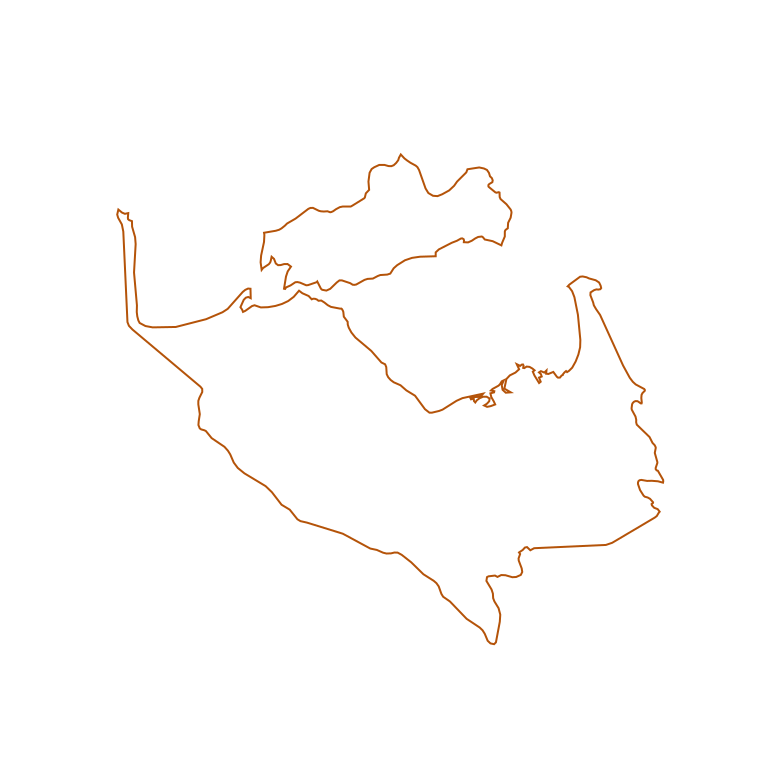 map outline of Zulia (Mercator projection), rotated 282°
{"feature_id": "VEN-31", "entity_name": "Zulia", "entity_type": "State", "adm_level": 1, "iso_a3": "VEN", "parent_name": "Venezuela", "parent_adm1": "", "projection": "mercator", "projection_center": [-71.765, 10.117], "detail": "fine", "context": "isolated", "style": "outline", "palette": "amber", "viewbox_px": 768, "rotation_deg": 282, "n_neighbors": 0, "source": "natural_earth", "source_scale": "10m", "svg_char_len": 6156}
<svg xmlns="http://www.w3.org/2000/svg" viewBox="0 0 768 768"><g transform="rotate(282 384 384)"><path d="M494.3,87.8L499.4,87.9L497.2,92.1L496.6,95.2L498.0,98.3L493.3,98.9L492.0,99.4L491.3,100.7L490.9,103.6L485.5,104.9L475.9,110.0L469.2,112.0L441.1,116.3L409.5,126.0L403.0,127.2L398.9,128.6L395.1,130.5L392.9,132.3L391.1,138.6L391.3,146.0L396.5,168.5L410.4,196.5L420.6,211.1L425.0,215.5L444.7,226.7L447.2,228.7L449.1,231.2L449.4,233.6L440.2,235.8L440.9,233.1L439.7,230.9L437.2,229.3L429.3,227.6L427.2,229.8L425.2,231.1L426.7,233.1L432.8,238.7L434.1,241.0L433.3,247.6L435.0,254.5L437.8,261.6L441.1,267.6L445.2,273.0L450.5,277.6L457.6,281.5L455.8,285.3L454.4,292.0L451.8,295.7L452.7,297.0L453.0,298.8L452.7,300.8L451.8,302.6L452.6,305.3L451.3,308.8L449.4,312.6L448.4,316.1L448.6,325.5L448.9,326.5L448.6,327.2L447.2,328.5L446.1,329.2L441.5,330.7L437.3,335.5L434.6,336.2L431.8,337.8L427.6,341.4L423.5,346.4L413.7,364.7L404.5,377.0L403.5,381.0L401.0,382.7L394.2,384.6L391.5,386.7L389.3,389.7L387.7,393.2L386.2,400.4L382.4,407.2L379.0,416.8L367.9,429.3L365.4,434.4L365.9,436.8L369.1,443.5L371.1,446.6L382.6,458.4L386.5,463.7L395.2,483.0L392.2,481.3L390.8,478.2L389.9,474.5L388.4,471.3L387.1,472.3L388.4,474.8L386.1,475.5L384.9,477.1L387.4,478.2L390.0,480.5L392.1,483.5L392.9,487.0L391.8,490.3L389.0,490.5L386.0,488.7L383.8,486.4L383.1,489.6L384.5,492.9L387.1,497.0L389.7,495.1L393.5,491.7L397.0,490.0L398.7,493.4L399.9,493.4L399.9,490.0L401.7,491.2L406.2,496.4L407.9,497.5L411.1,498.6L412.5,500.4L407.4,499.4L403.0,501.2L400.8,504.9L402.2,509.7L404.5,502.7L414.3,502.7L418.6,505.3L422.5,510.2L426.5,513.1L431.0,509.7L430.3,512.5L429.9,513.3L431.6,514.7L432.0,515.9L431.0,516.7L428.7,516.8L428.7,517.9L430.7,519.9L431.0,522.8L430.0,525.9L428.7,528.4L427.0,527.0L423.6,529.4L417.2,535.5L418.8,536.8L422.5,534.3L424.1,536.7L426.3,535.4L427.6,533.2L429.2,534.8L428.5,538.4L431.0,540.1L427.8,540.4L428.0,542.7L431.0,547.1L427.0,551.6L426.4,552.9L426.9,554.8L429.3,556.0L429.9,557.0L430.9,557.1L433.0,558.2L434.5,559.4L433.7,560.6L435.3,562.2L439.1,564.7L445.9,566.8L453.2,568.0L460.7,568.2L467.9,566.9L492.0,559.3L508.5,552.2L513.9,548.7L517.4,544.7L517.7,543.4L519.7,544.6L529.7,553.5L530.5,556.0L530.5,560.0L529.9,562.6L529.5,569.5L528.0,573.3L525.3,575.4L523.0,576.5L521.7,575.9L520.9,574.0L520.7,572.1L519.5,570.0L516.5,567.0L513.8,567.4L507.3,571.6L504.6,572.9L501.3,575.9L496.5,581.0L451.8,614.0L441.2,623.1L437.9,626.9L435.9,630.3L433.2,639.6L432.4,640.4L431.6,640.5L428.8,638.7L426.9,638.2L423.8,638.6L419.5,640.0L418.6,640.0L418.4,639.2L419.7,636.2L419.9,635.2L419.5,633.4L418.5,632.1L417.0,631.2L415.8,630.9L411.7,631.2L410.4,631.7L404.4,636.8L401.3,638.2L399.0,638.6L396.8,639.7L387.3,654.8L382.2,658.9L380.5,661.4L379.2,662.5L378.1,663.1L372.9,663.2L364.5,667.6L363.6,667.8L358.5,667.2L357.3,667.4L356.2,668.6L356.1,669.9L348.2,677.0L346.7,677.4L345.5,677.4L345.8,672.2L345.0,666.1L343.9,661.5L343.7,655.7L343.0,654.0L342.1,653.2L340.7,652.9L339.0,653.2L333.5,656.5L328.8,661.1L328.0,662.5L327.8,665.5L327.0,668.1L324.2,671.8L323.5,671.8L322.2,670.7L321.0,671.3L319.1,674.0L318.5,677.7L316.4,680.2L314.9,679.4L311.6,678.3L309.6,676.6L276.1,640.2L272.7,634.5L254.6,565.0L251.8,561.7L254.2,557.8L253.3,555.8L250.5,554.2L247.3,551.1L246.0,552.5L241.4,551.9L239.3,552.5L232.3,557.0L228.9,558.3L225.7,557.5L222.7,553.4L221.7,549.7L222.2,542.5L221.5,538.4L218.9,535.1L219.7,532.4L217.6,526.2L216.5,524.9L212.7,525.1L205.4,531.9L201.6,534.1L197.2,535.3L194.3,537.2L188.5,542.7L182.5,545.7L175.5,546.7L154.6,547.2L152.4,545.8L152.4,542.1L154.4,538.8L160.6,534.5L163.6,531.6L165.7,528.2L171.5,513.6L185.0,493.7L188.2,486.1L190.6,483.8L197.4,479.6L200.1,476.7L201.8,473.6L206.1,462.1L215.3,447.6L220.6,436.8L221.9,432.4L221.3,429.2L219.8,426.1L218.7,421.7L218.8,418.2L220.2,411.5L220.2,404.8L229.0,374.8L232.4,337.4L232.5,330.8L233.7,327.4L241.5,317.9L244.6,308.9L254.9,296.8L259.5,289.4L267.6,266.0L271.5,258.4L275.9,253.4L283.2,248.2L286.3,245.2L289.4,241.0L295.2,226.7L301.0,219.5L301.4,217.8L301.6,214.6L302.3,213.0L305.3,211.0L309.0,210.5L316.2,210.1L325.5,206.6L328.9,205.9L332.2,206.3L338.4,207.9L341.4,207.2L343.2,205.0L385.0,126.6L387.9,122.4L391.2,120.2L478.9,97.3L485.6,94.4L491.3,89.4L494.3,87.8ZM544.0,470.0L546.3,460.6L546.3,452.5L548.1,450.3L548.6,449.0L547.4,445.5L545.3,442.9L542.4,440.1L540.0,436.8L539.3,432.6L541.1,432.4L542.2,431.8L542.7,430.3L542.3,429.0L539.3,425.6L536.2,420.9L527.1,409.7L523.5,407.2L519.7,408.0L516.0,392.8L513.2,385.2L509.4,378.8L503.0,372.2L499.2,369.4L493.3,367.2L491.7,364.4L489.8,357.7L488.3,355.4L484.8,351.2L483.4,346.1L481.8,343.3L475.5,336.1L474.8,334.3L474.6,332.7L475.6,330.0L476.6,321.2L476.1,318.9L473.5,316.7L465.9,311.6L463.4,308.2L463.3,303.9L464.1,302.5L470.4,297.4L469.6,297.0L464.9,289.1L464.4,287.4L465.7,280.7L465.7,278.1L465.1,276.1L461.0,272.1L458.1,268.1L456.4,267.5L456.4,266.4L468.7,265.8L474.1,266.4L479.5,268.6L481.3,264.7L480.5,261.3L478.9,258.3L478.2,255.7L479.4,253.1L483.5,250.4L485.1,247.6L480.8,247.6L479.2,247.4L477.2,246.4L472.3,241.6L470.2,240.6L477.4,238.0L484.1,237.1L498.0,237.1L505.0,236.0L507.0,235.2L511.4,246.3L513.1,249.4L514.9,251.4L518.2,254.1L520.8,255.8L527.4,263.1L539.6,273.6L540.9,275.4L541.5,277.9L539.9,284.2L539.8,286.3L540.2,289.3L541.2,292.8L540.8,295.6L541.3,296.8L542.4,298.3L545.0,300.7L547.8,304.0L549.0,306.7L550.7,314.6L552.0,316.1L561.6,326.1L562.5,326.5L566.7,326.6L570.8,329.1L578.8,326.7L587.6,326.0L591.7,327.2L594.0,329.4L597.3,333.8L598.4,338.9L598.1,343.1L598.6,345.9L600.0,348.0L602.7,349.9L605.9,351.4L608.4,351.6L612.0,352.7L608.9,357.1L607.5,360.0L605.9,363.9L604.2,369.6L603.1,371.6L600.6,373.8L583.9,384.0L580.0,387.7L578.3,392.8L578.9,397.3L581.7,401.5L586.9,407.5L592.5,411.4L597.2,413.4L608.1,420.5L611.4,421.0L615.6,432.1L615.6,436.9L614.8,440.2L612.3,442.8L609.2,444.5L607.8,446.7L605.8,448.0L603.9,448.0L601.5,445.4L600.5,444.8L599.3,444.9L598.6,445.4L594.6,453.1L594.5,454.3L595.5,456.4L595.3,457.2L590.9,458.3L589.1,459.6L585.3,466.4L581.0,471.6L579.5,472.6L578.1,473.1L573.0,473.3L567.5,471.9L562.0,472.7L560.3,471.1L559.4,470.6L558.2,470.5L553.4,471.5L546.7,470.2L544.0,470.0Z" fill="none" stroke="#b45309" stroke-width="2"/></g></svg>